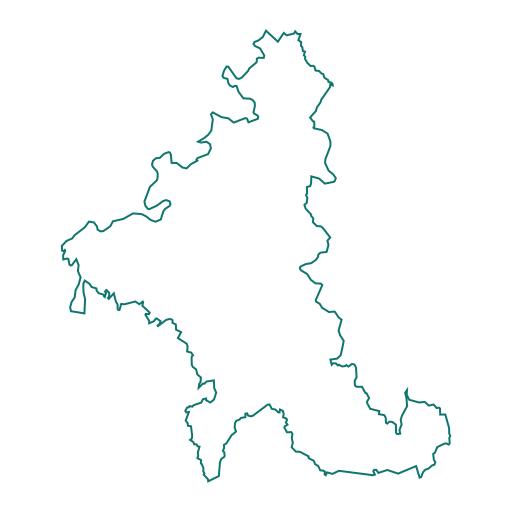 Chila de la Sal, Puebla, Mexico
{"feature_id": "50627088B42910044871865", "entity_name": "Chila de la Sal", "entity_type": "district", "adm_level": 2, "iso_a3": "MEX", "parent_name": "Mexico", "parent_adm1": "Puebla", "projection": "robinson", "projection_center": [-98.469, 18.149], "detail": "fine", "context": "isolated", "style": "outline", "palette": "teal", "viewbox_px": 512, "rotation_deg": 0, "n_neighbors": 0, "source": "geoboundaries", "source_scale": "gbopen_adm2", "svg_char_len": 6021}
<svg xmlns="http://www.w3.org/2000/svg" viewBox="0 0 512 512"><path d="M440.2,414.6L440.0,408.5L439.1,407.7L436.6,408.0L433.6,404.5L428.8,405.6L424.7,401.9L419.1,402.5L409.3,399.8L406.7,394.9L407.0,390.1L405.2,392.7L406.5,398.4L407.1,406.2L402.1,415.3L400.7,419.7L401.6,424.5L399.5,429.9L400.2,433.7L397.1,434.0L396.1,432.9L395.9,424.7L392.2,421.9L389.3,421.7L387.3,423.6L386.0,422.8L385.7,417.6L384.2,415.1L378.9,414.2L379.3,411.1L370.2,408.8L367.4,403.6L367.0,401.7L369.1,398.1L366.6,393.3L365.5,393.1L362.0,386.8L356.5,386.8L354.9,385.3L354.7,380.9L356.6,377.2L356.0,367.6L354.5,364.6L352.0,363.9L348.5,366.6L346.4,365.1L345.2,366.1L342.0,366.4L338.8,364.7L337.8,365.4L335.9,363.4L333.1,363.3L331.7,364.7L330.4,359.6L337.2,358.6L340.5,355.5L342.0,349.7L343.7,340.8L340.1,335.3L338.6,330.5L341.6,319.7L338.8,317.6L334.7,311.6L328.9,312.0L322.0,307.7L319.7,303.8L316.0,301.5L315.8,300.0L322.3,285.1L320.7,283.6L315.6,283.4L310.9,279.9L307.1,274.0L301.0,270.3L299.9,268.5L300.0,267.3L301.3,266.1L306.1,264.0L311.2,263.2L315.9,259.9L318.1,256.7L318.2,254.8L320.3,252.7L326.6,251.9L328.5,245.0L327.4,240.7L330.2,237.5L322.8,227.9L320.7,226.3L316.9,226.1L312.9,222.2L313.3,218.4L311.1,215.8L311.1,214.5L305.7,208.7L304.4,205.0L306.8,202.7L307.3,197.6L306.0,195.1L307.1,193.4L306.9,187.0L310.2,186.1L311.1,183.4L311.3,176.4L319.0,178.5L324.9,183.6L333.6,181.9L334.9,180.8L335.8,178.1L333.3,174.5L328.6,170.6L325.1,163.1L325.3,159.5L330.4,146.1L330.4,141.5L327.6,133.7L322.0,130.1L313.8,128.2L313.4,127.5L314.4,126.1L314.1,121.6L312.9,121.2L310.1,117.5L315.9,111.0L316.9,107.5L320.5,102.3L321.2,99.8L329.9,87.3L330.3,84.5L332.7,85.5L332.5,83.7L331.3,82.6L328.5,82.0L328.2,80.2L324.4,77.7L323.2,74.0L321.3,73.4L319.1,71.0L315.5,70.5L314.5,66.7L313.0,65.8L310.6,66.0L307.3,62.8L305.0,58.9L305.3,56.8L303.8,55.2L305.0,51.6L302.9,51.1L302.3,47.2L300.9,45.8L301.2,42.1L298.4,40.2L300.5,34.0L297.6,34.1L295.2,31.4L293.9,33.6L286.6,35.3L283.8,32.9L277.9,41.7L266.0,30.7L262.8,37.0L258.4,40.5L254.6,41.9L253.5,43.8L255.0,46.0L260.1,48.4L264.3,55.6L263.7,57.9L258.6,57.7L256.9,58.7L256.6,62.3L249.2,68.5L248.1,70.9L241.8,77.6L238.9,78.9L236.5,78.3L228.3,66.7L226.6,66.5L224.1,70.6L222.4,76.1L223.9,78.0L227.4,78.8L228.5,83.5L229.8,85.4L232.9,87.0L234.9,85.9L236.6,86.0L238.6,91.9L243.3,98.3L249.9,98.7L252.5,99.9L254.7,102.7L254.9,106.0L253.5,112.3L254.0,113.5L257.5,115.5L258.2,116.5L257.8,118.8L248.4,122.3L247.1,118.7L245.3,118.1L233.7,122.6L228.3,118.3L221.4,117.1L212.8,112.4L211.0,114.3L212.8,119.3L211.3,130.6L208.4,134.6L204.4,137.9L198.1,141.7L201.0,142.6L206.5,141.7L210.0,144.2L210.9,148.3L208.1,154.1L197.5,158.1L196.4,159.9L197.3,160.7L190.9,164.2L186.5,168.4L182.5,167.5L176.7,163.0L171.6,162.9L170.9,154.6L169.8,152.5L168.6,152.1L164.1,153.8L159.9,157.8L155.8,158.3L153.0,160.8L152.0,164.7L152.8,166.8L156.9,171.3L157.7,173.5L157.6,177.7L156.8,180.4L149.9,186.9L144.4,201.6L145.4,205.8L147.7,208.7L149.2,209.2L156.8,205.7L163.2,201.0L166.2,200.1L169.7,201.4L170.5,204.5L169.3,206.2L165.1,208.9L163.2,211.7L160.8,219.5L155.5,221.7L150.7,220.0L146.2,216.4L141.6,214.1L133.0,213.4L123.4,218.9L112.9,221.3L110.4,226.1L108.8,227.4L103.3,231.1L100.5,231.4L97.6,229.6L97.0,226.5L93.9,222.4L89.0,221.6L84.7,227.4L74.5,235.3L72.3,238.4L66.6,240.9L61.8,245.9L62.1,250.6L63.5,251.2L64.8,250.0L65.2,251.0L63.1,255.3L63.3,259.5L67.3,258.5L68.4,259.0L69.4,264.4L70.6,265.5L72.0,265.0L76.3,259.2L78.6,265.1L77.9,271.2L80.6,277.3L78.7,284.4L75.6,290.1L74.7,297.4L71.6,302.0L70.1,307.4L71.0,311.2L84.4,313.4L85.1,299.1L83.5,292.3L83.3,286.1L83.5,283.2L84.8,280.6L89.6,283.9L91.6,287.0L96.5,288.5L96.5,290.4L98.6,293.2L104.1,294.8L103.9,296.2L104.7,297.0L106.1,292.8L105.0,291.7L106.3,290.0L106.9,290.3L109.2,293.0L109.2,296.6L107.9,297.9L108.8,298.9L113.8,293.3L115.9,301.7L117.6,304.3L117.6,308.9L118.5,310.1L119.5,309.9L121.2,303.9L124.3,304.3L135.4,301.5L139.3,304.2L142.8,301.6L143.2,302.3L142.3,305.7L149.7,312.6L148.9,314.2L145.8,313.9L145.4,314.7L149.1,320.8L149.2,323.3L154.0,321.2L155.7,318.7L156.8,318.5L160.5,321.2L159.7,323.9L157.6,325.5L158.0,326.1L166.2,319.9L169.5,319.0L171.5,319.4L172.5,320.2L172.5,322.9L175.8,324.4L176.1,329.7L181.1,332.1L177.9,338.1L186.7,343.7L187.6,346.5L187.1,351.5L191.2,352.6L193.0,355.3L191.9,356.2L191.6,358.1L191.8,364.9L192.8,366.9L196.1,369.4L197.4,374.5L200.9,377.5L200.5,382.0L199.2,384.0L198.7,387.8L203.0,383.5L204.4,383.7L206.6,381.5L213.9,380.4L214.2,388.1L216.2,392.6L214.0,399.6L210.2,402.5L206.1,400.2L206.1,398.5L203.9,398.9L202.8,399.4L201.2,402.6L193.6,405.2L192.3,406.7L189.5,406.1L188.9,407.3L187.1,407.5L185.3,410.9L186.3,412.4L188.9,412.0L185.7,420.5L187.8,423.4L187.8,425.7L191.0,426.3L192.2,436.0L191.8,438.6L190.1,439.9L193.4,442.1L194.2,444.3L196.5,444.4L197.6,446.3L199.5,446.7L197.8,452.6L198.2,455.9L197.4,458.1L201.0,460.0L200.9,463.5L201.8,464.1L203.4,468.1L203.3,471.3L204.4,473.5L203.7,474.6L208.0,479.3L208.2,481.3L218.8,476.1L220.0,462.3L221.2,459.0L224.3,456.8L224.7,455.6L224.2,452.2L222.9,450.9L224.1,447.9L224.0,444.8L226.3,443.5L231.6,435.2L236.0,431.6L234.6,427.3L235.1,422.9L236.2,420.9L239.4,419.6L241.1,417.9L245.3,417.2L245.4,413.7L247.2,413.4L247.9,415.4L250.4,416.3L252.8,415.8L267.7,404.6L269.6,404.5L271.8,408.9L275.3,409.5L278.5,412.5L279.5,412.4L280.0,409.5L282.9,410.9L283.7,413.9L283.1,417.3L286.4,418.6L287.1,419.8L285.9,422.4L287.5,424.7L284.6,426.5L284.4,427.6L287.0,432.3L291.3,432.1L292.4,433.9L291.8,438.2L292.8,443.0L291.6,447.2L295.8,451.6L299.9,451.8L308.6,456.4L308.7,458.2L313.7,460.7L315.2,464.2L318.2,466.0L320.2,470.3L323.4,470.7L325.0,471.9L324.6,474.3L325.7,475.2L327.1,472.4L332.5,473.9L338.8,470.8L372.9,475.2L374.9,474.6L373.3,471.3L374.1,469.9L376.3,469.9L378.4,472.9L387.3,470.0L398.1,473.6L416.1,466.1L419.6,477.6L421.2,477.0L423.0,472.3L425.1,469.8L428.3,468.7L432.3,465.3L434.3,464.8L435.3,462.4L433.8,459.5L433.2,453.9L434.8,452.8L437.3,447.1L444.4,443.6L446.7,443.5L448.6,444.6L449.7,443.4L449.3,437.8L450.2,436.1L449.2,433.4L449.1,428.0L445.3,414.5L440.2,414.6Z" fill="none" stroke="#0f766e" stroke-width="2"/></svg>